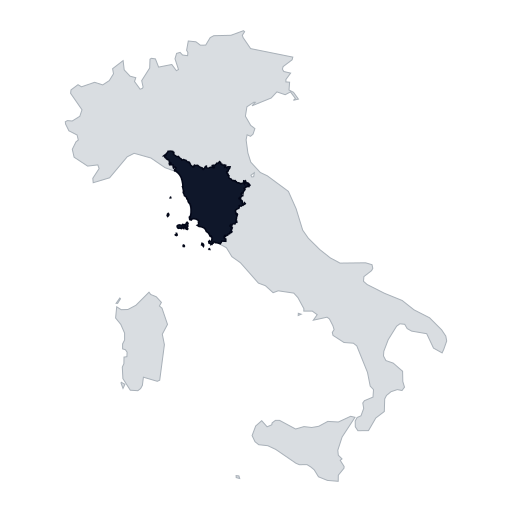 Toscana, Siena, Italy shown in context
{"feature_id": "23120603B95153686365028", "entity_name": "Toscana", "entity_type": "district", "adm_level": 2, "iso_a3": "ITA", "parent_name": "Italy", "parent_adm1": "Siena", "projection": "mercator", "projection_center": [10.807, 43.355], "detail": "fine", "context": "in_parent", "style": "filled", "palette": "ink", "viewbox_px": 512, "rotation_deg": 0, "n_neighbors": 0, "source": "geoboundaries", "source_scale": "gbopen_adm2", "svg_char_len": 9664}
<svg xmlns="http://www.w3.org/2000/svg" viewBox="0 0 512 512"><path d="M78.0,84.7L81.5,86.8L94.6,82.3L102.7,84.9L109.3,80.6L113.5,73.8L112.6,68.7L123.1,60.6L124.2,69.9L130.1,76.2L135.8,77.7L134.5,81.5L140.1,89.2L142.4,88.4L143.1,87.1L141.7,80.6L149.7,68.0L150.0,59.2L151.4,58.3L155.4,58.9L158.6,67.1L171.8,64.5L176.4,70.7L178.5,69.5L175.0,58.8L176.6,53.4L180.1,52.4L182.5,55.0L187.6,55.7L187.9,52.5L186.6,50.3L188.3,41.0L195.9,41.8L200.4,45.2L205.7,45.1L210.2,37.6L213.8,35.7L230.9,35.3L243.5,30.7L244.6,31.7L242.3,35.3L243.1,37.6L250.6,48.6L292.8,57.1L292.1,59.8L283.1,66.6L282.4,69.2L283.8,71.5L290.6,73.1L285.9,79.5L285.9,81.9L289.6,82.2L289.0,90.0L293.5,92.3L298.4,99.1L293.4,100.3L295.4,98.5L290.5,91.9L285.2,94.7L276.9,91.9L271.2,98.0L252.0,105.8L255.3,102.3L253.9,102.2L246.9,106.8L245.4,116.2L250.7,125.4L254.9,128.6L253.0,134.2L250.5,136.3L247.1,134.8L246.1,139.8L247.9,153.0L250.8,162.2L260.3,172.5L267.3,175.8L288.4,191.4L296.1,208.7L302.7,230.2L308.3,238.2L319.8,249.6L330.3,257.9L340.0,263.1L365.6,262.8L372.0,264.7L372.8,268.3L371.6,270.6L363.9,276.6L363.5,281.3L367.1,284.5L384.5,293.3L402.2,300.5L414.1,309.9L429.6,317.8L441.6,329.8L445.8,336.1L446.7,341.0L443.7,349.5L442.1,352.9L433.5,348.1L426.7,333.7L411.6,331.1L407.2,328.6L404.7,324.3L399.9,323.8L396.6,326.2L388.2,339.7L383.8,351.3L383.5,356.0L385.9,360.6L393.2,363.1L402.6,371.3L402.8,381.5L404.5,387.2L402.0,390.5L397.3,389.6L391.0,391.7L386.5,395.4L384.7,398.9L384.3,411.5L375.8,418.0L368.5,430.6L357.9,430.7L355.3,426.8L355.2,421.0L357.1,417.5L361.0,415.8L363.7,408.4L362.8,403.0L364.4,400.7L373.0,397.1L373.5,389.6L370.2,386.1L367.5,372.4L356.8,345.9L353.4,343.2L344.0,342.5L333.0,335.4L332.3,332.4L334.1,329.6L332.9,325.7L329.4,318.9L327.0,317.2L313.3,320.2L317.2,314.7L312.3,311.1L303.8,311.1L303.9,308.7L297.9,297.6L293.8,293.1L278.2,290.8L273.1,292.7L265.4,285.7L258.4,283.1L240.5,262.8L231.9,256.7L226.4,247.7L215.5,241.8L210.5,243.3L209.3,242.1L211.9,240.4L211.3,237.0L203.9,228.1L199.6,225.2L196.6,219.4L190.3,218.0L190.5,207.6L188.2,200.2L184.1,194.0L181.7,178.9L179.8,174.6L175.3,171.4L165.1,167.7L150.9,158.0L134.1,153.3L127.2,156.8L109.6,177.8L93.2,182.7L92.8,178.3L99.1,168.6L97.8,164.9L87.6,166.1L74.1,157.2L72.3,149.3L76.0,141.8L78.3,140.0L77.1,135.0L68.9,130.8L65.6,124.1L65.3,121.8L67.4,120.6L72.2,121.0L79.8,116.3L82.0,109.8L70.6,93.3L71.0,89.9L78.0,84.7ZM253.7,176.7L254.3,172.7L250.9,175.2L251.8,177.0L253.7,176.7ZM355.0,417.3L342.1,437.0L337.8,450.2L338.3,455.2L342.0,458.9L340.2,460.3L344.1,466.5L344.0,468.2L338.3,475.2L338.2,481.3L327.4,480.4L318.5,476.8L314.2,469.8L310.7,466.9L307.0,464.6L299.4,464.7L296.0,463.3L275.7,449.4L267.8,445.7L258.7,444.7L255.0,441.7L252.1,435.6L255.7,426.0L261.7,420.7L267.1,426.8L271.8,424.8L272.1,422.9L275.4,420.4L279.6,420.4L295.6,429.0L304.0,426.6L311.7,427.5L318.7,426.3L327.8,421.4L338.4,422.0L350.6,416.3L355.0,417.3ZM162.0,308.2L167.5,324.4L162.3,334.2L164.4,344.7L159.7,380.2L157.3,381.3L143.4,377.2L142.4,385.3L140.6,388.6L137.8,390.7L130.3,390.2L122.9,378.6L122.3,367.1L123.9,363.7L124.0,357.1L126.9,356.7L127.1,352.2L125.4,349.7L122.6,348.9L122.6,343.9L124.6,340.0L124.6,333.1L120.8,324.4L115.6,318.0L116.7,306.8L121.2,309.7L127.9,309.5L135.9,305.3L149.0,292.2L150.7,294.5L156.3,296.8L161.4,302.4L159.4,306.0L162.0,308.2ZM186.5,222.8L187.7,225.5L187.3,229.2L184.6,227.1L178.0,227.9L177.3,226.0L185.3,224.4L186.5,222.8ZM124.9,384.3L123.0,388.4L121.0,383.0L121.3,382.3L124.9,384.3ZM120.5,298.8L117.6,303.4L116.1,303.3L119.8,298.0L120.5,298.8ZM239.7,478.5L236.2,477.6L236.1,475.6L238.9,475.9L239.7,478.5ZM301.2,314.2L298.2,315.5L298.3,313.3L301.2,314.2Z" fill="#d9dde1" stroke="#a8b0b8" stroke-width="1"/><path d="M174.4,170.3L175.1,171.1L174.9,170.8L175.0,170.7L175.3,170.7L175.1,171.0L175.9,171.1L178.2,173.1L179.8,175.1L181.4,177.9L181.6,178.7L181.3,178.4L182.1,180.5L182.7,184.0L182.9,186.3L182.4,186.6L182.8,187.6L183.5,191.2L183.1,192.0L183.6,191.6L183.6,190.8L183.7,191.4L184.1,190.8L184.0,191.3L183.3,192.0L183.5,191.9L183.3,192.3L183.6,192.0L183.4,192.2L183.6,192.5L183.3,192.3L183.2,192.7L183.9,193.7L184.4,195.7L186.0,196.7L186.6,197.8L186.8,198.9L187.5,199.0L188.1,201.0L187.4,200.9L188.1,201.1L188.5,202.4L189.9,203.8L190.6,205.5L191.1,209.2L191.1,212.5L190.6,215.7L190.2,216.1L190.4,216.6L190.1,217.0L189.7,216.8L189.3,217.1L189.7,219.6L191.3,220.1L191.7,219.6L191.3,219.7L191.2,219.4L191.4,219.5L191.8,218.9L191.5,219.0L191.8,218.8L194.5,218.7L196.6,219.2L198.6,220.6L199.1,221.5L198.5,222.3L198.6,224.0L198.2,225.0L197.4,225.2L197.2,225.3L199.0,226.5L201.4,226.8L204.4,228.1L205.5,229.5L206.3,231.5L208.7,233.0L208.6,233.5L209.2,234.1L209.9,236.0L210.2,236.3L210.4,235.8L211.0,235.8L211.7,236.8L212.1,238.5L211.5,240.9L211.1,241.4L209.9,241.4L209.4,240.8L209.0,241.6L208.7,241.6L209.0,243.2L210.0,243.5L210.8,244.1L210.9,244.6L211.3,244.3L212.0,244.4L212.1,243.7L212.8,243.4L212.5,243.2L212.8,243.0L212.8,242.7L212.7,242.8L212.7,242.5L213.7,242.1L214.7,242.0L215.3,242.7L217.2,242.8L220.4,243.8L220.6,243.4L220.4,243.1L221.3,242.3L221.7,241.1L225.8,241.3L225.8,239.0L224.8,238.7L224.7,238.2L224.0,237.8L224.2,237.0L224.9,236.7L224.6,236.4L224.8,236.3L224.6,235.5L225.2,235.4L225.7,236.0L226.1,235.5L226.6,235.6L227.9,234.9L227.8,234.4L228.8,233.7L229.6,233.8L230.1,233.0L230.0,232.4L231.1,232.6L232.0,231.8L231.7,231.2L231.2,231.0L231.2,230.2L230.9,229.3L231.7,229.4L232.3,227.8L231.0,227.2L231.1,226.8L229.9,226.0L230.2,225.3L230.8,224.5L231.9,225.6L232.1,224.4L233.3,223.7L234.7,223.9L234.6,223.5L235.3,223.2L235.8,222.3L236.8,222.3L236.7,221.0L236.0,220.8L236.0,219.8L236.5,218.9L236.5,217.6L237.5,214.4L237.2,213.8L236.7,213.6L236.2,214.3L235.6,213.3L235.9,212.5L235.3,211.0L235.5,210.8L235.7,210.0L237.7,208.6L238.8,208.4L239.5,206.5L239.2,205.7L239.7,205.5L241.1,206.2L242.0,205.4L242.9,205.4L243.7,204.6L244.8,204.2L245.3,203.6L244.4,202.7L243.8,204.2L242.4,203.7L242.1,203.1L242.5,202.2L242.1,200.8L241.4,200.2L240.6,200.5L240.6,198.9L239.2,199.0L238.9,198.3L239.9,197.3L240.7,197.5L241.4,196.3L242.3,195.7L242.7,195.8L242.8,195.4L241.2,194.6L241.0,194.0L241.6,193.1L241.8,193.3L242.7,192.9L243.0,193.3L243.3,191.8L245.0,189.6L244.1,188.2L245.6,187.6L246.2,186.9L246.0,186.5L246.9,186.7L247.7,186.3L247.9,185.7L247.8,184.8L248.0,184.3L248.4,185.9L248.2,186.6L248.9,186.6L248.7,185.3L249.6,185.6L250.0,185.2L248.6,183.4L247.2,182.8L246.3,183.0L246.0,183.4L245.5,183.0L244.8,183.1L244.4,184.2L243.4,182.9L240.4,183.8L239.8,183.1L239.5,183.3L238.3,182.7L237.7,182.9L236.6,182.3L236.4,181.6L235.5,181.5L235.2,180.6L234.4,180.8L233.8,180.4L233.0,180.8L232.2,180.4L231.2,179.1L229.5,178.4L228.7,177.3L229.0,175.7L227.9,175.2L228.2,174.2L227.0,173.4L226.7,172.7L226.9,172.3L226.8,172.1L227.3,172.0L227.1,171.5L227.9,171.3L228.3,170.7L228.3,169.9L229.6,168.4L230.1,166.8L227.8,166.8L227.7,167.2L226.8,167.8L226.5,167.3L225.6,166.9L224.7,167.3L224.8,166.7L225.3,166.7L225.4,166.1L225.8,165.9L225.7,165.2L224.4,165.1L224.0,164.8L223.4,165.4L222.1,165.0L221.5,164.4L221.7,164.2L221.0,164.0L220.9,163.6L220.7,163.8L220.3,163.2L220.6,162.8L220.5,162.4L219.5,161.6L218.2,163.3L217.0,163.1L216.6,163.3L216.3,164.2L215.5,164.6L215.0,165.4L213.6,165.2L212.2,165.5L212.2,165.9L213.0,166.6L214.3,167.1L214.4,167.6L213.9,167.9L211.1,167.2L210.0,167.4L208.8,168.2L207.5,168.2L206.0,167.3L206.4,166.7L206.4,166.1L206.1,166.1L205.2,166.8L204.5,168.3L203.3,169.5L202.9,169.4L202.7,169.3L202.9,168.5L202.5,168.1L202.0,167.8L201.1,167.9L200.9,167.4L199.6,167.0L197.7,165.3L195.2,165.5L194.4,165.1L193.8,166.0L193.9,166.9L192.8,167.1L192.4,166.4L190.7,165.3L190.4,164.1L189.4,163.1L189.6,162.6L189.4,162.3L188.7,161.9L187.6,162.1L185.8,160.2L184.8,160.2L183.7,159.5L181.9,160.2L181.1,158.8L179.9,158.2L178.4,156.4L176.9,156.7L174.1,154.8L173.4,154.1L174.0,153.0L173.9,152.7L173.7,152.2L173.0,152.2L172.8,151.4L170.6,151.1L168.0,151.3L167.9,152.0L166.0,154.1L166.1,154.8L165.5,154.8L165.5,155.2L164.7,155.1L163.7,155.9L164.5,156.0L165.0,157.5L165.8,157.8L166.2,158.6L167.5,159.6L167.8,159.4L169.0,160.2L169.3,161.0L169.2,161.8L169.8,162.2L169.2,163.6L169.4,164.2L170.3,163.0L170.8,162.9L171.0,163.3L171.7,163.5L171.2,163.6L170.3,164.8L173.0,164.8L173.2,165.8L173.0,166.1L173.6,167.0L173.6,167.5L173.3,167.8L173.6,168.1L174.5,166.9L175.3,167.1L176.0,167.9L175.8,168.7L174.8,169.3L174.4,170.3ZM187.1,222.2L186.3,223.1L186.0,224.2L185.3,224.6L185.3,225.4L184.8,225.5L183.8,225.1L184.5,224.6L183.3,224.6L182.2,224.1L182.6,224.6L182.2,224.9L182.5,225.2L181.7,225.4L181.7,225.9L179.8,224.8L179.4,225.1L178.3,225.0L177.2,225.8L177.1,226.8L177.7,227.9L178.9,228.6L178.7,228.3L179.7,228.1L181.4,228.6L181.4,227.8L181.6,227.6L183.0,228.2L183.1,227.4L183.5,227.1L183.8,227.2L184.1,228.2L184.3,227.8L184.0,227.1L184.9,227.0L185.3,227.2L185.9,228.9L186.5,229.3L187.0,229.0L187.4,229.4L187.8,229.0L187.7,228.2L186.9,227.8L187.0,227.4L186.2,227.2L187.8,226.3L187.6,225.7L187.8,225.4L187.6,224.7L188.1,223.3L187.1,222.2ZM202.9,243.6L202.1,243.3L202.1,244.3L201.7,244.2L201.6,244.9L202.2,244.9L203.4,246.5L203.7,245.8L203.4,245.0L203.6,244.8L202.9,243.6ZM168.2,213.4L167.4,214.2L167.4,215.0L167.1,215.6L167.7,216.5L168.7,215.4L168.9,214.6L168.8,214.3L168.5,214.4L168.6,213.9L168.2,213.4ZM243.7,180.8L243.6,181.5L244.1,182.4L244.5,182.5L245.0,181.9L245.9,181.9L245.5,180.8L245.1,181.1L243.7,180.8ZM176.3,233.3L176.3,234.3L175.9,234.7L175.3,234.8L175.4,235.2L176.6,235.6L177.1,235.2L176.9,234.9L177.1,234.6L176.6,234.0L176.7,233.4L176.3,233.3ZM184.3,245.4L183.4,245.0L183.2,245.2L183.1,245.8L183.2,246.5L184.0,246.6L184.0,246.3L184.4,246.2L184.3,245.4ZM209.5,248.8L208.9,249.2L209.5,249.9L209.3,249.2L209.7,249.3L209.5,248.8ZM170.6,197.2L170.3,197.4L170.2,197.9L170.8,197.8L170.6,197.2Z" fill="#0f172a" stroke="#020617" stroke-width="1.5"/></svg>